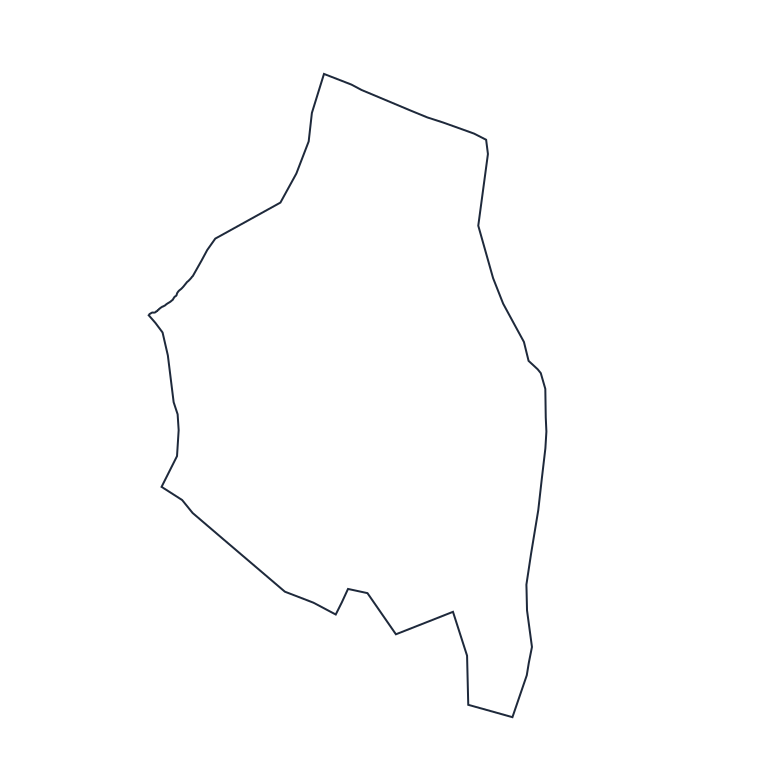 Gudu, Sokoto, Nigeria, rotated 112°
{"feature_id": "59680162B43671986122418", "entity_name": "Gudu", "entity_type": "district", "adm_level": 2, "iso_a3": "NGA", "parent_name": "Nigeria", "parent_adm1": "Sokoto", "projection": "albers", "projection_center": [4.48, 13.464], "detail": "fine", "context": "isolated", "style": "outline", "palette": "slate", "viewbox_px": 768, "rotation_deg": 112, "n_neighbors": 0, "source": "geoboundaries", "source_scale": "gbopen_adm2", "svg_char_len": 1486}
<svg xmlns="http://www.w3.org/2000/svg" viewBox="0 0 768 768"><g transform="rotate(112 384 384)"><path d="M588.1,474.9L613.7,398.1L613.2,367.5L615.8,342.4L602.3,341.3L587.5,340.6L584.1,321.0L611.6,279.2L569.4,234.7L604.8,205.2L649.9,185.7L644.8,140.1L600.6,142.5L588.2,145.3L572.4,148.3L540.3,166.6L522.2,174.4L516.7,176.8L486.1,184.1L443.2,193.7L412.7,202.2L383.1,210.3L367.3,215.6L354.4,221.5L328.1,232.6L315.2,242.7L312.8,247.0L308.4,258.6L292.6,270.0L280.6,284.6L264.9,303.6L245.0,322.5L201.9,355.9L131.8,373.8L119.3,380.8L118.1,394.3L119.4,427.0L120.6,443.7L120.5,462.4L119.8,514.9L118.6,526.3L119.0,555.8L159.7,552.4L187.3,544.7L221.7,544.1L254.6,548.0L312.4,594.9L326.0,598.1L337.9,599.4L355.6,601.7L356.6,602.2L357.6,602.4L359.6,603.1L361.8,604.0L363.2,604.8L368.9,606.5L370.2,607.0L371.7,607.6L373.1,608.4L374.2,609.0L375.3,609.4L376.1,609.6L376.6,609.7L377.1,609.8L377.7,609.8L378.8,609.7L379.5,609.6L380.5,610.0L381.5,610.8L383.4,611.2L385.0,611.4L386.6,612.3L387.6,612.8L389.0,613.8L390.3,614.8L391.8,615.8L393.1,616.4L393.9,617.1L394.8,617.8L395.3,618.5L396.3,619.1L397.0,619.7L398.1,620.2L398.8,620.7L399.5,620.8L400.2,621.4L401.3,621.6L401.6,622.0L402.2,622.5L402.8,622.6L403.4,623.1L403.9,623.8L404.2,624.6L404.5,625.5L404.9,626.0L405.7,626.6L407.0,627.6L407.7,627.6L408.4,627.9L413.0,618.8L419.2,608.6L438.5,595.1L479.7,572.2L489.4,564.0L503.7,557.1L528.4,548.9L562.7,551.7L567.2,527.7L575.3,513.1L588.1,474.9Z" fill="none" stroke="#1e293b" stroke-width="2"/></g></svg>